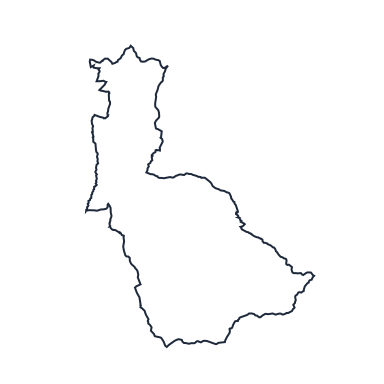 Agas, Bacau, Romania (Albers equal-area conic projection), rotated 81°
{"feature_id": "2599482B91391113599232", "entity_name": "Agas", "entity_type": "district", "adm_level": 2, "iso_a3": "ROU", "parent_name": "Romania", "parent_adm1": "Bacau", "projection": "albers", "projection_center": [26.147, 46.468], "detail": "fine", "context": "isolated", "style": "outline", "palette": "slate", "viewbox_px": 384, "rotation_deg": 81, "n_neighbors": 0, "source": "geoboundaries", "source_scale": "gbopen_adm2", "svg_char_len": 6051}
<svg xmlns="http://www.w3.org/2000/svg" viewBox="0 0 384 384"><g transform="rotate(81 192 192)"><path d="M194.1,299.5L193.8,299.2L193.9,296.2L195.0,290.6L195.5,289.5L195.6,288.1L195.0,284.8L195.3,282.1L195.2,279.6L194.8,278.8L193.7,277.7L191.3,277.3L190.6,276.6L192.8,275.5L195.0,274.9L200.0,275.5L202.3,275.2L203.8,275.5L206.5,277.1L207.3,277.0L208.9,277.9L209.6,277.9L209.9,278.4L211.5,278.5L212.6,278.1L213.2,278.7L213.2,278.3L214.7,278.0L216.4,276.9L217.3,275.6L217.1,275.2L217.7,273.6L220.3,270.5L221.3,269.9L221.3,269.5L220.7,269.4L220.9,269.1L223.6,268.0L224.5,266.2L226.3,266.7L230.1,266.8L235.2,268.5L239.4,268.4L244.2,267.7L245.4,266.8L245.8,265.0L247.3,263.8L250.3,264.2L252.9,263.5L253.9,263.0L257.1,260.4L258.7,259.9L259.7,259.0L261.6,258.2L265.3,258.0L267.8,258.9L275.2,257.3L276.4,261.6L277.5,263.3L283.0,262.2L287.8,260.4L294.7,260.4L295.5,260.7L296.0,260.3L297.8,261.0L299.0,259.6L301.9,257.4L305.7,256.8L310.9,254.9L312.4,255.9L313.7,255.5L315.0,255.8L316.7,254.3L319.3,253.1L322.6,254.3L326.6,251.6L328.1,251.5L328.7,251.1L330.8,245.8L331.7,245.0L335.4,243.4L339.6,242.5L341.1,241.2L339.5,238.9L336.3,232.5L335.6,230.3L335.3,228.2L336.5,225.2L338.4,224.8L339.9,223.5L340.1,222.1L341.4,218.8L341.2,216.6L341.7,213.2L341.3,212.2L340.5,211.2L340.2,210.2L340.2,209.7L341.8,207.0L341.8,206.4L340.9,204.4L340.9,202.6L341.7,200.2L346.0,192.3L345.9,191.1L345.1,189.5L345.4,183.0L343.8,182.4L340.6,180.1L337.0,176.9L335.1,176.3L333.1,176.4L332.8,176.1L332.8,174.4L332.2,173.5L329.4,172.0L326.6,169.8L326.4,169.4L326.5,166.8L325.7,166.7L324.8,165.3L323.7,164.8L323.4,164.0L322.0,156.5L320.9,154.6L321.3,152.0L322.4,149.6L323.7,148.8L324.4,147.0L326.0,145.6L326.4,144.7L326.4,144.0L324.9,141.5L323.8,138.6L324.6,135.9L324.6,131.3L326.2,128.6L325.8,125.8L325.8,124.1L326.2,123.0L327.1,122.0L327.3,121.2L326.8,118.5L326.2,117.5L326.6,116.1L325.2,111.9L323.4,110.5L322.7,109.2L322.2,108.8L319.3,109.6L317.6,107.6L316.3,107.3L315.4,106.5L311.6,106.5L310.6,106.0L309.9,104.4L307.9,102.6L307.7,101.7L308.4,100.0L307.1,97.0L305.8,96.8L302.8,95.3L300.1,92.2L299.7,90.9L298.5,90.5L297.7,89.7L297.3,87.5L295.1,86.1L293.9,84.5L293.1,85.5L290.1,87.2L289.5,90.4L289.7,91.6L291.4,95.2L290.6,96.3L289.1,97.2L288.9,100.5L288.4,101.8L288.0,104.4L287.6,104.9L286.5,105.6L284.0,105.8L281.8,105.0L279.3,107.3L278.9,107.9L279.0,109.1L278.2,110.1L276.9,110.1L274.5,109.3L273.0,109.5L272.4,110.2L272.1,111.4L270.6,112.9L269.9,114.6L267.3,116.3L264.6,117.5L263.7,118.3L261.4,118.7L259.7,119.6L259.4,120.6L257.0,122.7L255.3,125.5L254.7,125.6L253.7,127.5L253.4,129.0L251.6,130.0L250.2,129.9L249.1,130.7L249.0,131.5L248.3,132.1L248.1,132.8L247.4,133.3L246.7,135.3L245.4,137.4L243.7,139.3L242.6,139.9L242.5,140.6L241.9,141.0L241.3,142.2L240.7,142.5L239.9,144.4L236.6,148.7L235.8,148.7L234.0,149.6L233.9,147.9L233.5,146.9L232.0,144.9L231.2,145.6L229.1,148.5L228.4,147.7L227.2,148.8L226.6,148.6L225.3,149.3L225.1,149.1L224.3,150.7L224.2,150.3L223.2,150.0L222.0,150.6L220.7,152.0L219.0,151.5L218.9,151.1L219.4,150.6L219.1,149.9L218.2,149.7L211.7,150.8L210.1,151.8L208.5,151.7L208.0,152.6L205.3,153.7L204.6,154.3L202.7,154.2L199.2,155.2L198.3,156.2L197.8,157.7L196.0,159.9L194.9,163.5L193.6,165.0L191.9,168.2L189.5,170.6L186.2,171.7L184.6,172.8L180.1,176.9L179.7,178.0L179.4,180.7L178.6,181.1L178.2,182.0L178.2,183.0L176.7,185.2L175.2,188.5L174.2,189.8L173.6,192.4L172.8,194.0L172.8,194.8L174.0,197.2L172.9,200.6L172.8,202.0L173.4,204.0L173.4,205.0L174.8,208.1L174.7,209.0L173.8,211.4L174.0,217.9L173.4,219.5L173.1,221.6L172.5,222.9L171.6,223.7L171.1,223.7L170.4,225.3L169.0,226.9L168.3,228.1L168.0,229.9L165.6,234.0L163.6,232.6L161.7,232.2L160.1,230.7L157.9,231.0L156.7,228.5L155.4,227.9L154.5,226.3L150.9,226.3L150.4,225.4L150.0,225.3L149.5,226.0L149.2,225.9L147.8,224.2L146.7,221.8L145.0,221.3L144.9,220.5L145.4,219.6L145.3,218.8L146.1,217.3L144.7,216.9L143.2,217.0L137.6,213.0L135.1,213.2L133.6,214.5L133.4,214.1L127.3,212.4L124.6,215.8L123.9,217.3L123.3,217.7L118.0,217.9L115.8,216.3L113.5,213.2L112.5,212.6L108.8,212.2L106.0,212.5L102.4,214.8L101.6,214.9L99.0,214.6L92.3,212.5L89.9,212.5L85.9,210.1L82.0,208.4L79.0,205.6L78.3,204.2L77.2,203.3L74.4,202.9L73.1,201.7L71.9,201.9L70.6,201.4L68.6,199.8L66.3,198.8L63.5,196.0L65.1,199.6L65.2,200.5L65.0,201.1L63.7,202.1L61.8,203.0L57.5,203.4L56.5,204.7L55.4,207.6L54.4,208.9L53.8,211.3L54.0,212.4L54.2,214.0L55.8,218.0L55.6,220.5L55.0,222.0L53.3,222.7L51.3,222.9L50.5,224.6L49.3,225.3L46.0,225.6L43.4,227.4L40.7,227.5L38.0,229.7L39.5,230.9L40.0,231.8L40.3,234.4L41.1,235.8L43.0,237.0L45.1,237.9L46.3,239.9L48.7,241.5L50.1,244.4L51.7,245.2L51.7,246.3L52.5,247.7L52.9,250.6L51.1,251.2L47.1,254.4L46.7,257.2L48.2,259.9L48.5,259.8L48.6,260.1L48.4,260.2L48.6,260.8L49.8,262.2L49.9,262.7L48.7,266.0L46.5,268.5L45.8,269.9L45.3,271.9L47.2,272.6L52.8,272.4L51.7,269.3L52.7,269.9L53.8,269.7L54.7,267.2L55.3,264.1L56.3,265.2L57.8,264.4L58.6,264.4L60.7,266.1L62.7,266.1L67.7,268.9L68.2,265.2L68.3,261.9L69.6,260.4L69.9,259.5L72.5,261.6L76.8,267.5L77.5,266.5L78.4,263.8L79.6,261.2L79.7,258.9L80.5,258.2L81.0,258.5L81.6,258.2L82.5,258.9L89.0,259.6L89.8,258.9L92.1,259.1L96.6,261.6L99.4,262.4L100.7,263.2L103.4,263.4L103.6,263.7L103.5,263.0L104.1,263.3L105.5,266.0L105.3,266.1L105.5,267.5L104.7,268.1L103.4,271.3L100.6,276.2L101.7,276.8L102.2,277.9L103.1,278.8L104.7,279.2L105.6,279.9L108.8,280.1L111.7,279.4L113.2,280.3L116.7,280.5L117.2,281.4L117.7,281.4L118.1,280.8L119.3,281.0L121.9,280.6L122.3,280.8L122.1,281.1L122.4,281.5L124.1,281.2L126.8,281.7L129.1,279.8L136.2,280.3L138.0,280.0L138.8,279.3L139.6,279.1L142.5,280.4L144.6,279.9L146.9,280.6L148.9,280.2L149.4,280.6L150.0,281.9L153.0,283.0L155.1,282.9L156.9,284.3L157.8,284.2L159.7,283.2L160.5,284.1L164.3,284.0L166.0,285.1L167.2,284.8L168.5,285.8L170.1,285.0L170.6,285.6L170.8,286.3L171.3,286.7L171.5,287.8L173.9,288.2L174.3,289.0L175.7,289.4L176.8,290.6L178.4,290.9L179.0,291.8L182.2,292.5L182.6,293.5L184.1,294.1L184.6,295.7L186.6,295.8L187.5,296.9L189.0,296.4L190.0,297.1L190.5,298.0L192.5,298.2L192.9,299.2L194.1,299.5Z" fill="none" stroke="#1e293b" stroke-width="2"/></g></svg>